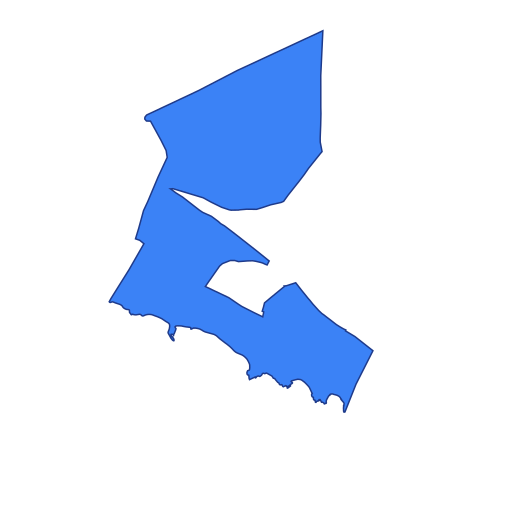 the district of Al Raml, Al Iskandariyah, Egypt, rotated 246°
{"feature_id": "37247803B98787115048764", "entity_name": "Al Raml", "entity_type": "district", "adm_level": 2, "iso_a3": "EGY", "parent_name": "Egypt", "parent_adm1": "Al Iskandariyah", "projection": "albers", "projection_center": [29.965, 31.237], "detail": "fine", "context": "isolated", "style": "filled", "palette": "blue", "viewbox_px": 512, "rotation_deg": 246, "n_neighbors": 0, "source": "geoboundaries", "source_scale": "gbopen_adm2", "svg_char_len": 5967}
<svg xmlns="http://www.w3.org/2000/svg" viewBox="0 0 512 512"><g transform="rotate(246 256 256)"><path d="M434.6,408.7L433.1,314.3L430.5,270.6L429.3,213.5L428.8,212.4L428.5,212.0L428.3,211.4L427.4,210.6L426.3,210.1L423.9,210.8L423.2,212.2L422.1,214.5L400.2,216.3L388.9,216.8L382.2,215.0L368.0,198.7L349.7,179.2L343.2,171.7L329.0,160.1L320.7,152.9L317.6,156.2L312.8,158.6L295.1,134.4L284.7,118.9L276.2,106.3L273.9,103.3L273.3,103.5L273.0,103.7L272.8,104.0L272.7,104.4L272.7,105.3L272.6,105.8L272.5,106.3L272.2,106.6L271.9,107.0L270.3,108.5L267.5,111.6L266.9,112.2L266.3,112.6L265.8,113.0L265.2,113.3L264.7,113.4L263.5,113.6L262.8,113.8L262.4,114.0L261.5,114.5L260.7,115.2L260.1,115.7L259.7,116.3L258.9,117.7L258.5,118.1L258.3,118.2L258.1,118.3L257.7,118.2L256.2,117.6L255.7,117.5L255.3,117.6L254.6,117.9L254.4,118.0L253.5,118.0L253.4,118.0L253.1,118.2L253.0,118.4L252.9,118.6L253.0,119.5L252.9,119.8L252.4,120.2L252.0,120.7L251.6,121.4L251.1,122.3L251.0,122.6L250.8,123.5L250.5,124.4L250.3,125.4L250.1,125.9L250.0,126.2L249.6,126.6L249.4,126.8L249.1,127.0L248.2,127.3L247.8,127.6L247.5,127.8L247.3,128.2L247.2,128.4L247.1,128.9L247.1,131.0L246.9,132.2L246.7,133.0L246.3,134.2L245.8,135.3L245.2,136.3L244.9,136.8L244.4,137.4L242.5,139.3L240.5,141.4L238.3,143.4L236.8,144.6L235.0,145.7L232.9,147.0L230.8,148.5L230.3,148.8L229.7,149.0L229.3,149.1L228.8,149.1L228.1,149.0L227.5,148.8L226.4,148.3L225.7,147.8L224.6,147.1L224.0,146.5L222.5,145.0L222.0,144.6L221.5,144.5L220.9,144.4L220.2,144.5L219.1,144.6L216.6,144.8L215.4,144.9L214.3,145.2L213.4,145.4L212.6,145.8L212.3,146.0L212.1,146.2L212.0,146.4L212.0,146.6L212.3,146.8L213.2,147.1L213.7,147.1L214.3,147.1L214.8,147.0L216.6,146.4L217.3,146.2L218.2,146.2L218.7,146.3L218.9,146.4L219.0,146.5L218.8,147.2L218.3,148.0L218.0,148.6L216.8,148.2L216.8,148.3L218.0,148.8L218.2,149.6L221.3,152.7L222.3,153.4L223.4,153.1L224.2,153.2L224.6,154.3L224.2,155.8L223.4,157.5L222.5,159.3L220.9,161.5L219.7,163.3L217.8,166.5L217.1,167.2L215.8,166.8L215.6,166.9L215.5,167.4L215.6,169.5L214.7,171.5L213.4,173.4L212.3,174.8L210.3,176.4L208.9,177.3L207.3,178.7L201.6,185.6L200.8,186.3L200.1,186.8L199.3,187.4L195.0,189.3L194.1,189.8L189.1,192.5L187.6,193.4L184.3,195.1L182.7,195.8L181.4,196.3L178.3,197.4L177.3,197.9L176.5,198.3L175.3,199.2L174.0,200.4L172.1,202.2L171.4,202.9L170.3,203.7L168.9,204.5L167.7,205.0L166.7,205.4L165.1,205.9L164.7,205.9L162.5,206.1L160.1,206.1L159.0,205.9L156.4,204.8L154.9,203.9L154.5,203.4L154.6,201.7L153.7,200.7L153.2,200.3L152.1,199.9L151.6,199.8L150.8,200.0L150.5,200.3L150.1,200.9L149.9,200.9L147.0,199.9L145.7,199.8L145.8,206.0L144.9,205.9L144.8,206.2L145.6,207.9L145.6,208.3L145.3,209.6L144.5,210.3L144.4,210.6L144.8,212.5L145.9,214.0L146.0,214.3L145.7,215.4L145.1,215.9L144.9,216.3L144.9,217.5L144.7,218.1L139.9,221.7L138.3,222.0L137.3,222.1L136.4,223.3L135.8,223.3L134.4,223.7L131.7,224.5L131.1,225.0L130.6,225.2L130.3,225.3L129.7,225.2L129.2,225.2L128.5,225.6L128.2,226.3L128.0,226.9L128.0,227.2L127.8,227.3L125.9,227.4L125.4,227.8L125.5,229.9L125.3,230.2L125.4,230.6L125.1,230.8L124.6,230.7L124.5,230.8L124.3,231.4L124.1,231.5L123.8,231.2L123.7,231.3L124.0,233.9L124.0,234.2L123.7,234.1L123.6,233.9L123.1,231.3L122.9,231.0L122.6,230.9L122.4,231.2L122.8,232.8L123.0,233.9L123.3,234.7L124.0,234.8L124.6,235.0L124.8,236.9L125.0,237.4L125.2,237.7L125.7,237.7L126.0,237.3L126.4,237.3L126.8,237.1L127.1,237.0L127.3,237.2L127.5,237.6L126.9,241.7L126.4,244.1L125.1,246.3L124.6,246.8L123.7,247.5L121.6,248.6L121.5,248.8L118.4,250.0L116.4,250.7L114.6,251.2L113.4,251.3L107.5,251.4L107.5,251.2L107.4,251.0L107.1,250.7L106.6,250.3L105.4,250.0L104.6,250.1L104.3,250.2L104.0,250.5L103.8,250.8L103.5,250.9L103.1,250.8L102.7,250.6L102.0,250.3L101.2,250.3L100.7,250.6L100.7,250.8L100.3,251.2L100.2,251.3L98.3,250.8L98.1,250.9L97.9,251.2L98.0,251.5L98.5,251.8L98.4,253.3L98.2,253.7L98.2,253.8L98.3,254.1L98.6,254.3L98.7,254.5L98.8,254.8L98.6,254.9L98.3,254.8L98.3,255.0L98.5,255.1L98.8,255.1L99.1,255.3L98.9,255.9L98.8,256.1L98.4,256.2L98.1,256.2L97.7,256.0L97.1,256.4L96.4,256.4L96.1,256.3L95.9,256.3L95.7,256.4L95.6,256.6L95.4,257.3L95.0,257.6L94.4,258.0L93.9,258.2L93.6,258.2L93.3,258.2L93.2,258.2L93.0,258.4L93.1,258.9L93.1,259.3L92.9,259.6L92.9,259.8L92.9,260.2L93.1,260.4L93.3,260.6L93.9,260.6L94.1,260.7L95.0,261.3L95.7,261.7L98.4,265.2L98.7,265.8L98.8,266.1L98.7,266.6L98.7,266.8L98.9,266.9L99.1,266.9L99.3,267.0L99.4,267.3L99.5,267.9L99.2,268.6L99.2,269.0L99.0,269.5L98.6,270.1L97.7,271.0L96.9,272.2L96.7,272.3L96.1,273.1L95.2,273.9L94.3,274.6L93.3,275.1L92.9,275.2L92.7,275.3L92.4,275.4L91.9,275.4L91.4,275.4L90.7,275.4L90.7,275.6L90.2,275.7L90.1,275.4L86.8,276.4L86.0,276.5L85.6,276.5L85.2,276.4L84.0,275.6L84.0,275.4L83.6,275.1L83.4,275.3L82.5,274.6L81.6,274.1L79.8,273.4L78.7,272.9L78.2,273.0L77.8,272.8L77.4,273.4L77.9,273.7L77.6,274.1L98.2,295.2L121.9,324.3L142.2,313.6L151.2,307.3L151.9,308.0L153.8,306.3L157.1,303.9L160.7,301.5L168.0,297.6L171.6,295.6L174.5,294.1L176.6,292.8L180.7,291.1L186.8,289.1L188.9,288.4L193.1,287.3L196.0,286.4L206.5,283.6L215.4,281.4L216.5,271.5L217.1,269.7L216.7,269.8L212.0,252.7L209.7,244.7L206.1,241.9L203.0,239.2L201.9,240.3L200.7,239.6L198.7,238.1L197.7,237.4L204.9,231.3L215.6,222.6L218.8,220.5L229.0,214.2L248.7,197.3L251.5,201.8L261.4,218.3L261.8,219.2L262.7,222.3L262.4,229.6L262.3,230.8L260.5,234.8L258.0,237.7L254.9,246.4L253.0,251.0L251.3,253.6L248.5,257.3L247.0,259.1L244.7,261.1L243.3,262.5L246.1,266.0L261.9,257.9L284.0,246.2L296.3,239.5L299.9,236.9L302.7,235.7L310.4,231.4L317.5,225.1L320.8,223.0L330.7,217.7L339.7,212.9L346.4,208.4L351.8,205.4L352.1,205.2L351.3,207.5L330.7,231.4L323.6,236.8L314.5,244.4L309.0,250.4L308.0,251.9L305.1,258.7L304.8,260.0L302.5,266.6L298.4,275.5L297.6,281.9L296.8,290.2L294.7,300.8L294.7,303.5L298.6,310.2L306.8,325.9L310.8,333.2L314.8,339.8L323.3,356.3L324.5,358.8L333.9,361.0L337.6,362.6L349.2,368.3L359.8,373.3L365.3,375.6L384.2,384.0L394.4,388.5L434.6,408.7Z" fill="#3b82f6" stroke="#1e3a8a" stroke-width="1.5"/></g></svg>